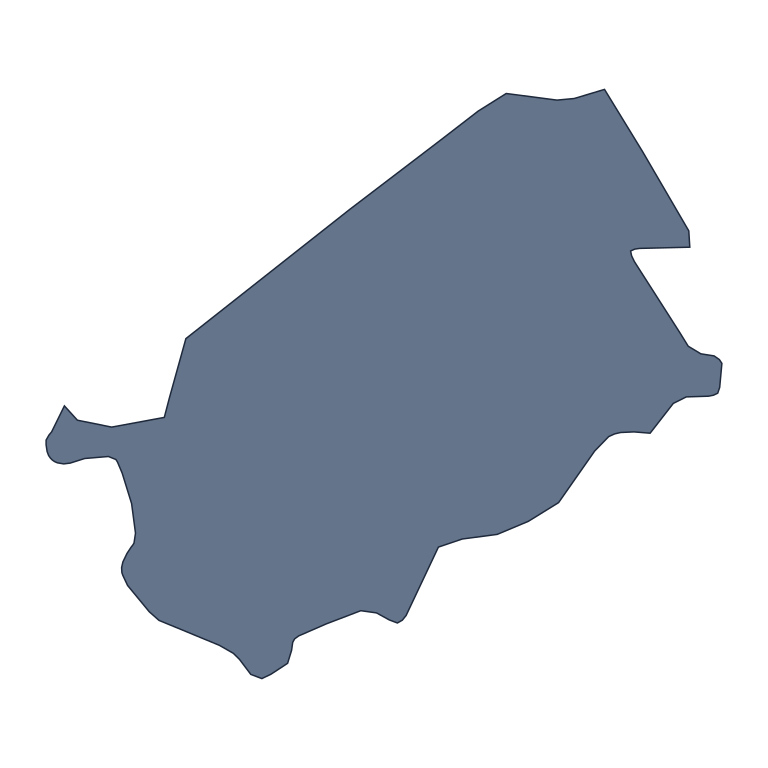 map outline of El Progreso (Natural Earth projection)
{"feature_id": "GTM-1956", "entity_name": "El Progreso", "entity_type": "Department", "adm_level": 1, "iso_a3": "GTM", "parent_name": "Guatemala", "parent_adm1": "", "projection": "natural_earth1", "projection_center": [-90.123, 14.917], "detail": "fine", "context": "isolated", "style": "filled", "palette": "slate", "viewbox_px": 768, "rotation_deg": 0, "n_neighbors": 0, "source": "natural_earth", "source_scale": "10m", "svg_char_len": 1241}
<svg xmlns="http://www.w3.org/2000/svg" viewBox="0 0 768 768"><path d="M63.7,463.9L57.3,462.8L54.6,461.6L52.4,460.1L50.5,458.2L48.6,455.5L47.1,451.5L46.1,444.8L46.1,440.1L49.0,435.0L51.6,431.9L64.4,405.9L77.4,420.2L111.6,427.1L164.3,417.4L169.4,397.9L185.9,338.6L350.1,209.1L438.5,141.7L478.3,111.0L506.2,93.5L557.0,100.1L574.2,98.5L604.5,89.4L642.7,151.8L688.8,230.9L689.8,247.2L639.7,248.4L634.8,249.1L630.6,251.0L631.6,255.8L634.4,261.6L680.0,332.9L688.2,346.2L700.8,353.8L714.1,355.9L719.4,359.6L721.9,363.4L719.7,387.4L717.7,393.2L713.5,395.2L708.5,396.2L686.3,396.9L673.3,403.4L650.1,433.2L633.9,431.9L620.6,432.5L614.6,433.9L608.7,436.6L594.7,451.0L558.6,502.6L528.4,521.3L497.2,534.4L462.3,539.0L438.4,547.1L406.1,615.5L402.3,620.2L397.4,623.0L389.2,619.9L376.5,612.9L360.8,610.7L326.0,624.0L298.7,635.9L294.6,638.9L292.7,642.4L291.6,650.3L287.6,663.3L271.0,674.2L263.7,677.7L261.9,678.6L250.8,674.4L239.5,659.4L233.3,653.3L219.3,645.3L159.0,620.4L149.3,611.8L127.6,585.5L122.9,575.5L121.9,572.7L121.6,567.6L122.9,561.9L127.0,553.4L131.3,546.9L132.7,545.2L134.0,543.1L135.5,533.2L131.6,503.6L122.2,473.2L117.5,462.1L115.9,459.5L108.4,456.5L84.7,458.5L70.2,463.1L63.7,463.9Z" fill="#64748b" stroke="#1e293b" stroke-width="1.5"/></svg>